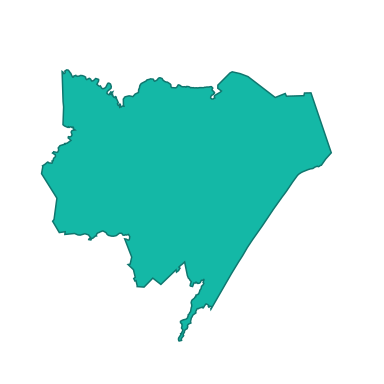 Elota, Sinaloa, Mexico, rotated 259°
{"feature_id": "50627088B50606245291674", "entity_name": "Elota", "entity_type": "district", "adm_level": 2, "iso_a3": "MEX", "parent_name": "Mexico", "parent_adm1": "Sinaloa", "projection": "albers", "projection_center": [-106.918, 24.031], "detail": "fine", "context": "isolated", "style": "filled", "palette": "teal", "viewbox_px": 384, "rotation_deg": 259, "n_neighbors": 0, "source": "geoboundaries", "source_scale": "gbopen_adm2", "svg_char_len": 5954}
<svg xmlns="http://www.w3.org/2000/svg" viewBox="0 0 384 384"><g transform="rotate(259 192 192)"><path d="M177.5,54.0L177.2,59.9L174.6,59.1L173.7,68.8L171.6,71.9L171.0,74.2L171.5,78.9L169.6,82.3L168.5,82.7L166.8,83.7L165.3,81.6L165.0,81.5L164.2,83.6L164.4,83.8L164.8,83.5L165.0,83.7L165.5,84.6L165.5,85.7L167.2,88.8L167.1,89.9L167.6,89.8L168.7,90.3L169.4,90.9L169.8,91.7L169.9,92.9L170.3,94.0L170.8,96.9L170.6,97.4L168.4,100.0L167.2,100.3L166.0,101.1L165.0,102.3L164.9,103.0L164.2,104.1L163.6,106.4L163.6,108.3L163.7,109.5L165.3,112.7L165.3,113.4L165.0,114.7L164.6,115.3L163.1,115.8L162.6,116.7L162.5,117.8L162.8,118.6L162.4,119.1L162.3,119.6L162.5,121.5L160.1,122.4L158.0,121.7L157.3,121.3L156.9,120.8L157.1,119.8L158.1,118.8L158.8,117.0L139.6,120.4L133.0,117.5L133.0,115.4L126.9,119.7L119.1,120.0L118.2,118.3L115.5,119.0L115.7,120.1L110.6,120.3L109.6,120.1L107.8,126.8L114.9,137.1L107.2,143.8L118.7,161.5L116.3,161.5L117.5,164.0L117.9,164.1L119.5,165.7L120.8,164.8L122.5,167.4L122.5,167.7L124.7,171.4L111.0,171.5L108.2,172.0L107.3,172.7L105.6,173.3L104.1,174.2L102.4,173.1L100.5,172.3L100.0,172.5L99.1,174.5L102.3,176.5L101.9,178.9L102.6,178.8L102.5,179.2L101.1,180.3L101.1,181.9L101.5,182.8L103.5,184.3L103.4,186.3L103.8,186.9L103.5,187.0L101.1,185.6L100.2,186.2L99.0,185.4L97.6,183.3L95.4,182.5L94.1,181.0L92.6,180.3L90.8,179.1L90.3,178.5L90.4,177.8L89.9,176.6L90.0,176.2L88.5,175.7L88.6,175.3L87.2,173.9L86.0,171.5L85.0,170.7L83.4,170.0L81.7,170.2L80.0,170.0L78.6,169.2L75.5,168.0L74.8,167.7L74.1,166.8L72.8,165.9L72.2,164.8L70.8,164.5L70.0,163.8L69.2,163.6L68.3,161.9L68.2,159.1L67.7,157.0L67.2,156.0L65.8,155.8L64.7,156.8L62.4,156.7L60.7,155.8L60.2,155.8L58.8,156.6L58.0,156.4L57.3,156.2L56.0,155.0L55.2,154.6L55.1,153.8L54.2,153.9L51.2,151.0L50.1,150.6L48.7,150.6L48.2,150.9L48.3,153.4L48.5,153.6L49.3,153.3L49.9,153.5L51.1,154.6L52.2,156.1L52.8,156.4L53.1,156.1L54.2,156.3L55.8,157.8L57.2,158.2L58.2,159.4L58.8,161.2L59.4,161.3L59.7,161.7L60.5,162.1L61.9,162.1L62.3,162.4L63.1,163.6L63.6,165.9L65.3,165.9L68.8,167.5L69.5,168.4L70.6,169.0L71.3,169.9L72.5,172.7L73.0,172.8L73.2,172.5L74.3,173.1L76.3,174.7L76.5,175.3L76.2,176.1L76.7,177.1L76.9,180.5L76.4,180.8L75.9,180.1L76.0,180.5L76.2,181.1L78.1,182.8L79.5,184.5L78.9,185.4L77.6,186.6L77.2,186.6L76.5,186.2L75.2,186.9L76.3,186.9L76.5,187.2L76.4,188.0L75.6,189.7L73.8,188.2L73.3,188.2L104.3,215.1L114.7,224.6L119.8,229.5L127.0,235.8L133.4,242.1L145.9,255.1L159.5,268.6L169.8,279.4L174.4,284.5L182.6,292.7L187.8,298.3L189.0,299.9L190.3,303.0L190.8,304.9L191.8,310.1L192.1,312.7L192.0,315.1L193.0,317.5L193.3,319.0L193.3,320.1L192.8,320.7L192.7,321.2L193.6,323.2L193.6,324.1L198.9,329.6L203.9,336.2L266.6,327.7L267.7,321.3L265.2,320.2L268.0,303.0L270.9,302.3L268.9,291.7L294.6,269.0L299.0,261.9L302.3,254.4L301.6,252.0L292.0,237.8L288.9,237.1L285.5,240.2L284.7,239.0L282.5,232.9L281.6,232.2L279.9,232.3L279.8,231.2L279.3,230.6L279.4,229.4L280.7,228.2L282.1,228.6L283.0,229.6L283.4,230.2L283.4,230.8L283.7,231.6L284.8,232.3L284.6,232.7L285.0,233.1L286.1,232.7L287.2,232.0L287.6,231.3L289.1,231.3L289.6,232.0L290.1,232.2L291.7,231.2L291.9,230.1L291.8,228.7L292.3,226.0L292.2,225.2L292.4,224.5L292.2,223.3L293.0,219.4L293.0,217.3L293.3,216.9L293.8,213.9L294.2,213.2L294.3,212.1L294.7,211.0L294.6,210.6L295.8,209.3L296.3,208.2L296.6,206.8L296.3,206.5L296.1,206.0L296.7,205.3L297.0,203.1L297.4,202.1L298.0,201.3L298.7,201.0L299.1,200.1L299.7,199.6L299.7,198.8L298.1,197.4L297.3,196.0L298.4,191.9L299.6,191.4L301.1,191.7L302.1,191.3L304.5,188.9L304.7,188.0L305.7,186.3L307.5,184.8L309.1,184.3L310.1,182.7L310.3,182.1L310.2,181.1L309.8,180.4L308.8,179.4L308.1,177.7L307.9,176.5L308.7,175.8L309.5,175.8L310.2,175.4L311.0,172.7L310.7,171.7L310.7,170.1L310.6,169.1L309.7,168.0L308.2,163.0L307.4,161.9L306.8,161.7L306.7,161.4L306.2,161.0L303.8,160.1L303.5,159.7L302.5,159.1L299.9,158.4L299.0,154.9L296.9,152.2L298.3,149.0L298.4,148.1L298.2,144.8L297.9,143.8L297.2,143.4L296.3,142.3L290.5,141.3L289.2,141.5L289.7,139.7L289.0,138.9L289.2,137.9L288.9,137.2L289.9,137.2L290.3,138.0L291.7,138.4L292.1,138.0L291.1,137.0L291.1,136.1L292.8,135.6L293.6,136.7L297.7,135.8L298.4,135.2L299.5,135.8L300.3,134.9L299.6,133.9L299.7,133.6L300.9,132.7L301.6,132.8L302.0,132.2L302.4,132.1L303.0,132.6L303.3,131.4L304.3,132.1L304.7,132.8L305.4,133.3L305.1,132.2L305.7,131.5L305.1,131.3L305.1,130.9L304.7,130.7L304.5,130.1L303.7,129.8L303.2,129.1L304.8,127.4L305.3,127.3L306.9,128.1L309.3,132.3L310.9,132.9L313.5,132.6L314.5,131.6L314.9,130.5L314.3,129.7L311.3,127.4L310.5,125.8L310.4,124.2L311.1,123.2L313.6,122.3L313.4,121.7L314.0,120.6L315.9,119.2L318.8,121.5L320.3,121.8L320.6,121.4L320.7,120.9L321.2,120.4L321.8,119.1L320.3,116.8L320.0,115.6L320.2,114.6L322.1,114.0L323.1,113.1L323.2,112.7L322.4,110.2L323.3,109.5L324.1,109.3L325.0,109.5L326.0,108.5L327.1,106.8L327.6,105.2L327.7,104.6L327.2,103.3L327.5,102.0L327.4,101.5L327.8,100.7L328.2,100.3L328.6,100.3L328.7,100.0L328.5,99.4L328.4,98.2L327.5,97.6L327.4,97.0L327.6,96.7L329.6,96.1L331.8,95.6L332.6,95.0L333.6,94.7L335.2,93.8L335.8,92.4L335.1,90.4L334.7,90.2L334.2,90.4L333.5,90.3L332.7,89.5L332.7,89.1L332.8,88.4L334.3,88.3L335.1,87.5L305.3,82.7L300.0,82.2L282.7,78.2L281.2,79.4L279.2,82.3L279.6,83.2L278.9,83.4L278.8,83.7L279.2,85.2L279.1,85.7L278.3,86.4L278.5,87.5L277.9,87.9L277.3,87.5L276.4,87.9L275.2,89.0L275.3,86.5L275.0,85.7L274.4,85.1L273.6,84.8L271.4,85.2L270.3,84.7L269.7,84.1L269.4,82.7L269.9,81.3L269.6,81.0L268.6,80.8L266.8,82.4L266.3,82.5L265.7,83.0L263.7,78.7L263.8,76.6L263.5,76.6L263.7,76.2L263.2,76.1L262.7,71.3L260.8,69.1L258.9,69.1L258.2,68.9L256.6,67.6L256.7,66.7L257.9,63.9L257.4,63.6L257.2,63.0L256.8,63.1L256.7,62.7L255.0,64.4L254.8,64.9L253.1,64.8L252.6,64.5L251.7,62.9L251.0,62.5L250.7,62.1L249.2,61.8L249.1,60.5L247.3,60.5L247.1,60.2L247.1,59.3L247.5,58.5L247.8,57.1L248.8,56.4L248.9,55.9L247.2,52.8L246.2,50.2L245.5,50.4L238.7,47.8L211.7,58.2L191.3,51.3L189.9,49.6L177.5,54.0Z" fill="#14b8a6" stroke="#0f766e" stroke-width="1.5"/></g></svg>